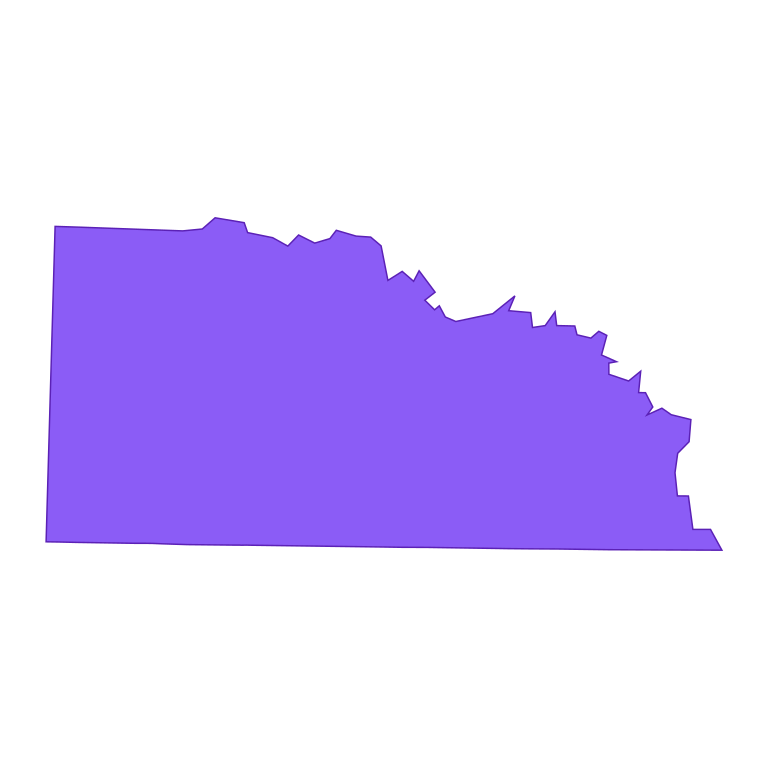 Union, Arkansas, United States of America
{"feature_id": "52423323B83762983029089", "entity_name": "Union", "entity_type": "district", "adm_level": 2, "iso_a3": "USA", "parent_name": "United States of America", "parent_adm1": "Arkansas", "projection": "albers", "projection_center": [-92.475, 33.198], "detail": "fine", "context": "isolated", "style": "filled", "palette": "violet", "viewbox_px": 768, "rotation_deg": 0, "n_neighbors": 0, "source": "geoboundaries", "source_scale": "gbopen_adm2", "svg_char_len": 1157}
<svg xmlns="http://www.w3.org/2000/svg" viewBox="0 0 768 768"><path d="M55.1,226.4L48.1,471.4L46.1,541.8L59.0,542.0L77.1,542.4L135.1,543.3L144.9,543.3L152.2,543.4L152.4,543.4L162.1,543.8L187.3,544.6L233.8,545.1L239.9,545.1L240.1,545.1L240.9,545.2L246.6,545.1L249.9,545.2L383.3,547.0L402.5,547.3L404.2,547.3L427.4,547.4L500.6,548.5L506.0,548.6L525.8,548.8L557.6,549.0L608.9,549.7L721.9,550.2L710.5,529.4L692.9,529.4L688.4,496.0L677.4,495.9L675.0,472.7L677.7,453.3L689.1,441.7L690.9,419.6L671.2,414.7L661.9,408.2L647.0,415.0L652.8,407.0L645.5,392.7L638.6,392.6L640.7,371.2L628.6,381.0L608.9,374.3L608.8,363.1L616.5,361.7L601.5,355.0L606.8,335.4L598.8,331.3L590.9,338.1L577.0,334.8L574.8,326.0L556.7,325.6L555.0,311.8L545.2,325.6L532.5,327.5L530.7,312.6L508.7,310.7L514.9,295.9L492.8,313.7L455.8,321.5L445.3,317.0L439.3,305.8L434.6,309.8L424.8,300.2L435.1,292.2L419.1,270.8L413.6,281.3L402.2,271.4L387.9,280.4L381.1,245.9L370.7,237.1L356.1,236.1L336.3,230.3L329.9,238.6L314.7,243.1L298.6,235.0L287.8,246.1L272.7,237.7L247.6,232.6L244.2,222.7L215.1,217.8L202.3,229.0L182.7,230.9L80.2,227.2L55.1,226.4Z" fill="#8b5cf6" stroke="#5b21b6" stroke-width="1.5"/></svg>